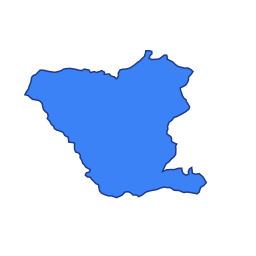 Botuverá, Santa Catarina, Brazil (Equal Earth projection), rotated 67°
{"feature_id": "56859067B27190428165392", "entity_name": "Botuverá", "entity_type": "district", "adm_level": 2, "iso_a3": "BRA", "parent_name": "Brazil", "parent_adm1": "Santa Catarina", "projection": "equal_earth", "projection_center": [-49.118, -27.213], "detail": "fine", "context": "isolated", "style": "filled", "palette": "blue", "viewbox_px": 256, "rotation_deg": 67, "n_neighbors": 0, "source": "geoboundaries", "source_scale": "gbopen_adm2", "svg_char_len": 2664}
<svg xmlns="http://www.w3.org/2000/svg" viewBox="0 0 256 256"><g transform="rotate(67 128 128)"><path d="M101.4,46.1L98.6,47.4L96.2,49.4L94.9,52.6L92.7,55.5L90.6,58.2L87.6,59.8L84.5,61.2L81.8,63.4L80.0,65.1L78.2,64.3L76.1,63.9L75.1,66.1L75.9,69.2L76.6,72.5L75.5,75.9L74.1,79.6L72.2,81.4L70.2,79.7L68.9,76.9L66.8,76.2L65.1,78.3L63.9,81.5L65.7,82.5L68.6,85.0L69.7,88.2L70.7,90.4L71.4,93.8L72.4,96.9L73.1,100.1L73.5,103.3L72.9,107.1L72.0,109.4L71.4,112.5L73.5,115.4L76.8,116.7L78.2,119.5L75.7,120.5L73.6,123.2L70.9,124.2L70.2,126.6L69.2,128.9L67.5,127.9L64.9,129.8L64.9,132.3L64.6,135.1L62.9,137.1L62.3,141.0L59.5,141.2L56.7,145.2L57.1,148.1L55.7,150.5L53.6,153.1L52.1,155.5L50.5,158.0L49.3,161.6L48.7,164.0L49.1,167.7L48.6,171.3L48.1,173.7L46.7,176.0L44.9,179.0L42.1,182.7L40.4,186.3L41.4,188.8L42.7,191.7L42.7,194.8L43.8,197.0L46.5,198.6L48.4,200.1L51.1,202.7L53.3,204.6L54.9,207.2L57.1,209.9L59.0,207.3L61.6,206.1L64.2,204.8L66.3,201.6L67.5,199.6L69.3,198.3L71.8,197.5L75.0,198.1L77.1,198.5L79.1,198.3L81.1,197.5L82.9,196.4L85.7,196.7L87.8,198.6L91.1,197.4L94.9,197.1L97.4,195.7L99.8,196.0L101.9,194.5L104.0,192.0L106.7,189.4L110.2,189.1L113.1,186.7L115.6,187.3L117.8,188.1L119.2,185.6L120.9,183.1L123.9,184.4L126.7,185.5L129.6,185.6L131.8,183.1L134.5,182.6L136.5,183.7L139.8,183.1L142.7,183.5L145.3,182.4L147.2,182.3L148.9,181.1L151.7,179.0L153.3,180.6L153.0,183.7L154.6,185.7L157.1,184.6L158.5,181.9L160.8,181.6L163.2,180.5L166.6,179.3L168.8,177.3L171.8,178.1L174.9,178.7L177.5,177.9L180.1,175.6L182.8,172.5L184.3,169.3L185.8,167.6L187.6,165.6L187.6,162.2L187.4,159.4L185.8,155.8L186.7,152.7L189.2,150.5L191.6,149.6L193.0,146.3L195.4,144.9L195.2,141.2L194.0,136.6L194.3,132.9L194.8,130.5L195.4,127.8L196.0,124.9L195.9,122.0L196.4,117.8L198.3,115.0L199.2,112.6L200.9,111.4L203.3,109.8L205.6,105.3L207.9,103.2L209.3,101.6L209.8,99.2L211.0,96.9L212.7,94.4L214.1,92.2L215.6,90.1L214.9,87.7L213.1,86.2L211.0,84.1L210.5,80.6L208.8,77.2L202.2,78.1L197.8,80.3L196.9,84.1L194.8,86.4L189.2,84.8L189.7,87.4L191.5,89.4L194.2,90.2L194.1,93.0L191.4,95.0L189.0,95.0L186.0,94.3L184.8,97.3L184.4,101.4L182.8,105.2L181.6,108.7L181.5,113.3L177.2,108.6L175.7,106.7L175.2,103.8L173.6,100.4L172.3,96.6L170.7,94.3L167.4,92.8L165.4,91.9L163.2,91.3L161.8,89.4L160.0,91.3L157.5,93.2L154.6,92.0L152.6,92.0L150.8,93.2L148.7,94.5L146.3,93.5L144.7,91.8L142.0,91.0L138.7,88.0L137.9,84.5L136.2,81.5L136.6,78.7L136.3,75.5L136.1,72.5L135.6,68.9L134.6,65.0L132.7,63.0L129.4,63.4L126.9,63.9L124.6,63.6L122.1,65.0L119.0,65.3L116.5,65.0L113.8,64.9L111.5,64.3L111.4,61.1L110.9,57.8L109.2,55.4L107.5,53.7L104.8,52.3L103.3,49.0L101.4,46.1Z" fill="#3b82f6" stroke="#1e3a8a" stroke-width="1.5"/></g></svg>